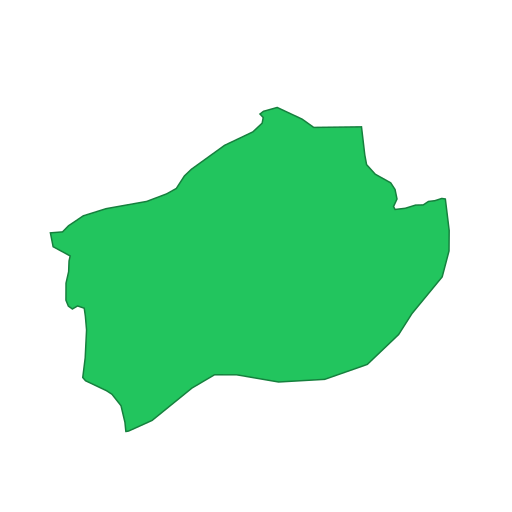 the border of Ilirska Bistrica, rotated 346°
{"feature_id": "SVN-954", "entity_name": "Ilirska Bistrica", "entity_type": "Municipality", "adm_level": 1, "iso_a3": "SVN", "parent_name": "Slovenia", "parent_adm1": "", "projection": "orthographic", "projection_center": [14.269, 45.573], "detail": "fine", "context": "isolated", "style": "filled", "palette": "green", "viewbox_px": 512, "rotation_deg": 346, "n_neighbors": 0, "source": "natural_earth", "source_scale": "10m", "svg_char_len": 1008}
<svg xmlns="http://www.w3.org/2000/svg" viewBox="0 0 512 512"><g transform="rotate(346 256 256)"><path d="M453.5,246.5L449.6,278.0L444.5,297.8L431.6,321.3L393.4,349.6L375.4,366.7L337.8,388.1L292.8,392.3L247.4,383.7L208.5,366.6L187.0,361.2L162.0,368.6L115.4,390.4L90.1,395.0L87.8,394.9L87.3,394.8L87.3,394.5L88.6,385.7L88.8,368.6L82.8,355.3L78.3,350.5L60.4,335.8L58.5,332.0L65.6,313.6L73.7,286.8L75.9,273.0L76.7,265.1L70.8,261.3L65.0,263.0L61.8,259.2L60.9,252.9L65.1,236.4L70.4,225.9L73.4,215.6L75.7,211.0L61.4,197.9L62.1,183.8L74.1,185.8L81.4,181.3L98.2,175.2L122.0,173.8L163.2,176.6L184.2,174.1L195.0,171.2L205.9,161.0L214.3,156.2L252.3,141.0L283.0,134.8L294.1,128.6L296.5,123.4L294.2,119.2L298.3,117.4L312.5,117.0L333.9,134.4L343.1,145.2L389.6,156.2L386.0,184.3L385.4,194.1L391.5,205.5L404.4,217.6L407.0,225.1L406.6,234.8L401.4,241.3L402.2,244.5L412.4,245.8L423.1,245.2L430.6,246.9L436.5,244.8L443.0,245.6L450.2,245.1L453.1,246.3L453.5,246.5Z" fill="#22c55e" stroke="#15803d" stroke-width="1.5"/></g></svg>